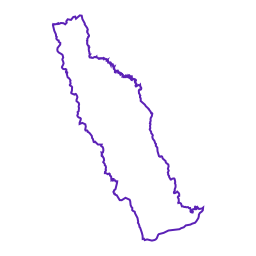 Almeirim, Pará, Brazil (Equal Earth projection)
{"feature_id": "56859067B32800664380983", "entity_name": "Almeirim", "entity_type": "district", "adm_level": 2, "iso_a3": "BRA", "parent_name": "Brazil", "parent_adm1": "Pará", "projection": "equal_earth", "projection_center": [-53.769, 0.405], "detail": "fine", "context": "isolated", "style": "outline", "palette": "violet", "viewbox_px": 256, "rotation_deg": 0, "n_neighbors": 0, "source": "geoboundaries", "source_scale": "gbopen_adm2", "svg_char_len": 5703}
<svg xmlns="http://www.w3.org/2000/svg" viewBox="0 0 256 256"><path d="M85.2,129.7L85.6,130.5L87.0,130.4L87.5,130.8L87.7,131.9L88.4,132.1L89.7,133.2L91.8,135.9L92.1,138.0L92.9,139.0L93.7,142.0L94.3,142.2L95.1,141.7L97.9,144.5L101.6,144.6L101.1,145.6L101.2,146.1L102.7,147.1L103.2,148.4L103.4,150.3L102.9,152.4L102.3,152.7L101.5,152.5L101.8,153.8L101.7,154.3L102.0,154.6L101.6,155.8L101.9,156.2L102.8,156.4L103.2,157.5L103.8,158.2L104.1,160.4L103.2,162.1L104.4,163.5L104.8,164.2L104.8,165.2L105.6,165.9L106.0,167.3L105.6,169.3L105.9,169.7L105.9,170.7L105.0,171.8L104.9,173.1L105.9,173.1L107.8,174.2L109.2,173.5L109.8,174.0L110.0,175.6L111.1,176.4L111.4,179.8L112.2,178.9L113.4,179.0L113.0,180.5L114.8,180.2L115.3,180.5L115.6,181.3L117.2,181.3L117.0,183.0L115.5,189.1L114.1,190.3L114.2,190.7L113.4,191.9L114.2,193.8L114.8,193.7L115.2,194.7L116.8,195.3L119.7,200.1L121.7,200.2L125.5,197.8L129.6,199.7L130.2,201.2L130.6,205.1L131.5,207.1L132.3,207.9L132.2,210.1L133.0,210.9L134.7,211.7L135.1,213.4L137.5,218.0L138.2,221.9L137.9,222.8L138.7,223.9L139.4,225.9L139.4,226.9L140.1,227.6L141.8,232.6L142.6,235.8L142.7,239.0L143.9,238.7L144.7,240.1L147.1,239.4L151.9,240.6L154.6,240.0L155.7,239.4L156.7,238.4L158.2,234.8L158.9,234.1L163.6,232.9L168.5,230.5L179.5,229.2L181.1,228.2L183.8,227.3L185.8,225.4L190.4,224.6L192.3,223.6L195.0,222.8L196.3,221.3L198.3,218.2L198.8,216.3L198.9,214.6L199.9,212.9L201.7,211.6L202.8,210.3L203.1,207.6L202.0,208.5L199.0,209.0L197.5,207.2L196.7,208.9L196.3,209.1L196.0,208.6L196.0,206.9L195.2,206.6L194.9,207.0L195.2,208.5L195.0,209.2L193.5,209.1L192.5,209.5L192.2,210.2L192.9,211.7L192.6,212.5L192.0,212.5L190.9,212.1L190.5,211.6L190.6,209.8L190.1,208.0L189.0,208.1L188.0,207.1L186.2,207.3L185.5,206.9L184.2,207.0L183.1,206.4L181.9,206.4L181.0,203.6L179.3,202.6L178.3,203.0L178.2,202.6L178.7,201.7L178.8,200.9L178.6,198.6L178.0,197.8L177.8,197.1L178.2,196.3L179.2,195.9L179.2,194.1L178.6,192.9L177.2,191.6L176.7,192.2L174.9,193.1L174.1,193.1L173.9,192.7L174.0,191.9L174.8,190.6L174.7,189.3L175.5,187.3L175.6,186.1L175.5,184.6L174.9,183.1L175.2,182.4L175.1,181.2L174.6,179.0L174.0,178.4L172.3,178.7L171.2,179.5L170.6,179.5L169.1,176.9L169.1,175.9L168.6,175.5L168.1,174.4L168.2,173.4L167.8,172.5L168.7,170.7L167.9,168.8L168.6,166.4L168.3,164.5L166.4,163.1L165.8,162.4L165.6,161.1L162.7,158.5L162.1,156.6L161.1,156.2L160.1,156.8L159.0,156.2L157.5,151.1L157.3,147.6L155.8,145.8L156.0,144.0L155.3,143.5L154.4,140.8L152.8,138.8L152.3,136.9L152.8,135.3L152.1,134.1L151.3,133.4L151.1,131.8L149.8,129.6L149.7,129.2L150.3,128.1L150.0,125.9L150.5,124.1L149.9,123.4L150.3,122.4L150.2,121.9L150.7,120.9L150.5,119.2L150.8,117.9L151.8,116.2L152.3,113.6L151.7,112.9L151.1,113.1L150.4,111.3L149.4,110.3L149.1,109.3L148.5,109.0L148.2,108.4L145.9,106.3L144.8,104.6L140.7,101.0L140.7,98.3L140.0,97.4L140.0,96.3L140.3,95.6L139.8,94.9L139.7,94.3L139.0,93.3L138.8,90.8L139.1,89.9L139.6,89.4L140.6,89.7L141.1,89.2L141.3,88.1L141.0,87.3L140.4,86.9L140.1,84.8L139.6,85.4L138.3,85.0L136.3,86.4L135.8,86.4L135.5,85.6L136.4,83.9L136.1,83.2L135.1,82.7L134.9,81.5L136.0,80.7L135.8,79.8L135.0,79.3L134.6,80.0L133.6,78.9L132.2,79.4L131.9,80.1L131.5,80.0L131.0,79.3L131.8,78.6L131.9,77.1L131.7,76.3L131.2,76.5L130.8,78.2L130.4,78.1L130.1,77.4L129.6,77.9L129.2,77.5L129.1,76.9L129.8,75.8L129.0,75.1L128.7,75.3L129.0,76.4L128.4,76.9L128.4,77.4L127.5,77.0L127.2,76.3L127.0,76.9L126.8,76.9L125.7,75.5L124.9,76.0L125.5,76.6L125.5,77.1L123.9,77.1L124.1,76.4L122.5,76.6L122.9,74.9L122.2,74.5L122.1,73.9L121.3,73.8L121.1,74.5L120.5,74.8L120.4,74.5L120.8,74.1L120.9,73.2L119.9,73.2L119.9,72.6L119.4,72.4L119.1,73.0L118.7,72.6L118.3,72.8L118.0,72.1L118.2,71.3L117.8,70.6L117.1,70.7L117.4,71.2L117.2,71.6L116.6,71.2L116.0,71.9L115.5,71.5L115.1,71.8L115.2,72.3L114.9,72.2L114.9,70.2L114.4,69.0L113.8,68.9L113.7,68.6L114.3,66.9L113.6,67.4L113.3,66.9L113.1,66.6L113.5,66.0L113.1,65.5L113.2,65.2L112.7,64.9L112.7,64.3L111.7,64.1L111.2,63.4L110.9,65.1L110.4,63.9L109.4,63.1L109.4,62.5L108.8,62.5L108.6,62.1L108.1,62.3L108.0,60.8L107.0,60.8L107.4,60.0L107.1,60.2L106.3,59.7L106.3,59.1L105.0,59.2L104.7,58.5L103.7,58.0L103.3,58.9L102.7,58.2L101.9,58.1L101.5,58.5L100.4,58.2L100.1,58.6L99.6,58.4L99.4,58.8L98.7,58.8L97.6,57.6L96.3,57.3L96.3,56.9L95.9,57.3L95.1,56.9L94.2,57.1L93.5,57.7L92.5,57.9L91.7,57.8L91.4,57.4L90.7,57.6L89.7,57.4L89.3,56.2L89.6,55.8L89.5,55.4L90.1,54.5L89.8,54.5L89.9,54.1L89.4,53.5L89.4,52.2L89.0,51.3L88.7,48.9L89.3,47.3L88.6,46.9L88.8,46.0L87.9,45.4L87.1,43.8L87.3,43.0L87.1,42.1L87.3,41.6L87.0,40.6L87.4,40.3L87.3,38.7L88.2,37.4L88.2,36.8L88.8,36.5L89.0,35.9L89.0,35.4L87.1,32.0L87.2,31.1L87.5,30.9L87.3,30.5L87.8,29.7L87.2,28.0L84.7,24.4L84.8,23.5L82.4,19.1L81.7,15.7L79.8,15.4L76.0,18.7L75.2,16.6L73.3,17.0L71.0,19.9L67.7,19.3L66.3,21.3L66.7,22.7L65.2,24.3L63.5,23.2L60.8,23.0L59.9,23.4L59.7,23.7L58.1,24.0L58.0,23.3L55.8,24.3L54.8,24.1L54.2,24.5L53.2,24.1L52.9,25.0L54.3,30.8L55.9,34.3L56.1,36.3L56.8,37.0L56.3,38.1L56.4,38.8L57.4,40.0L58.7,40.5L58.7,41.8L60.3,42.9L60.2,44.6L57.6,47.9L57.3,49.6L57.5,51.0L58.6,52.4L61.7,54.2L62.5,54.9L62.8,55.8L63.2,57.6L62.5,58.9L62.4,59.8L63.1,61.4L63.6,63.3L63.1,64.8L62.1,66.6L61.9,67.2L62.2,67.9L62.9,68.8L64.1,69.2L65.5,69.0L66.3,69.5L66.4,70.3L65.9,71.7L66.0,72.3L67.2,72.3L67.3,72.8L66.8,74.0L67.7,77.4L69.0,78.2L70.5,80.4L70.2,81.3L70.6,83.7L69.8,84.9L69.9,85.4L71.5,86.3L72.1,87.1L71.9,90.8L71.2,92.4L71.4,93.3L74.4,94.6L75.3,93.9L76.0,94.1L77.2,96.3L77.4,97.3L76.5,99.9L76.5,101.1L78.7,102.9L79.1,104.2L78.6,106.8L79.0,107.9L78.7,110.6L78.6,111.3L77.6,112.1L78.0,113.8L77.3,115.4L77.7,116.5L78.6,117.4L80.3,118.0L80.8,118.6L80.7,119.8L79.6,122.7L79.6,124.0L82.3,122.9L85.3,124.3L85.8,126.5L85.2,129.7Z" fill="none" stroke="#5b21b6" stroke-width="2"/></svg>